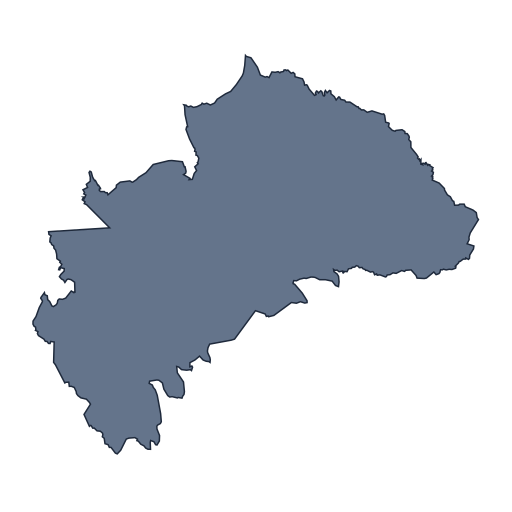 Coscomatepec, Veracruz, Mexico, rotated 181°
{"feature_id": "50627088B83890237461836", "entity_name": "Coscomatepec", "entity_type": "district", "adm_level": 2, "iso_a3": "MEX", "parent_name": "Mexico", "parent_adm1": "Veracruz", "projection": "natural_earth1", "projection_center": [-97.095, 19.059], "detail": "fine", "context": "isolated", "style": "filled", "palette": "slate", "viewbox_px": 512, "rotation_deg": 181, "n_neighbors": 0, "source": "geoboundaries", "source_scale": "gbopen_adm2", "svg_char_len": 6050}
<svg xmlns="http://www.w3.org/2000/svg" viewBox="0 0 512 512"><g transform="rotate(181 256 256)"><path d="M358.1,60.9L358.5,67.7L358.1,69.7L354.8,68.5L353.1,65.6L351.7,65.3L349.4,69.3L349.3,74.8L352.0,81.3L352.2,84.0L351.5,85.2L348.7,86.8L347.8,88.6L348.6,96.7L352.3,115.0L354.4,120.4L356.4,122.8L357.4,125.2L360.6,126.8L360.2,129.0L353.0,130.3L351.0,130.1L347.4,127.5L345.8,121.3L341.8,114.9L339.8,113.5L337.4,113.9L332.1,112.7L331.4,113.2L327.5,112.6L326.9,114.5L325.6,116.3L325.2,119.1L326.3,128.8L332.6,137.8L333.4,144.2L331.4,143.7L328.5,141.1L323.3,140.6L319.7,141.2L318.5,140.3L317.5,143.7L318.2,144.9L320.2,144.1L320.2,148.2L315.2,151.0L310.7,154.9L307.1,151.1L304.0,149.9L301.2,149.6L300.1,148.8L299.9,151.4L300.3,153.6L302.6,158.4L302.9,160.2L302.4,163.5L300.8,167.1L279.4,171.4L276.0,172.5L255.6,201.3L245.8,198.2L244.6,195.8L242.8,196.2L242.3,195.5L237.1,196.9L219.8,210.1L214.7,209.5L210.8,211.1L206.4,209.8L204.1,210.3L204.2,212.2L209.1,219.7L216.9,228.5L218.3,228.9L218.5,229.7L217.8,232.1L215.1,231.9L211.9,233.6L207.5,234.7L205.4,234.4L200.8,235.9L198.5,235.9L196.5,235.6L191.9,233.4L186.1,233.5L179.4,232.2L176.0,227.9L173.0,226.8L172.5,231.6L173.1,237.1L174.7,239.6L177.8,241.7L178.2,243.9L176.9,243.0L174.7,243.3L172.6,241.7L169.0,242.5L168.6,242.3L168.9,240.8L168.3,240.6L167.1,242.1L164.7,241.9L163.3,244.8L160.3,245.3L159.6,246.4L157.1,246.6L155.5,248.1L153.7,247.6L152.5,246.1L149.8,246.4L148.8,245.1L146.7,244.4L146.1,243.5L145.0,243.7L141.3,241.9L139.3,242.4L138.2,241.9L137.1,239.3L135.1,240.2L134.5,238.9L131.7,239.3L126.2,237.3L125.3,237.7L124.5,239.3L121.6,239.7L118.8,241.5L115.5,241.1L110.1,244.0L107.2,243.2L106.1,244.3L100.7,244.8L95.6,239.3L94.6,236.7L87.3,236.4L85.2,236.9L77.9,243.1L75.6,240.5L72.9,241.5L71.9,242.7L71.2,245.5L69.4,245.4L68.4,246.1L65.6,245.4L62.6,246.1L59.9,245.9L56.2,247.3L55.9,248.8L56.6,249.3L53.4,252.6L52.8,254.0L51.7,254.2L48.8,256.5L46.3,256.6L46.2,257.7L43.5,256.3L42.5,257.4L42.3,260.7L38.7,266.8L38.3,269.8L45.1,271.9L43.2,276.0L43.4,278.6L42.2,282.8L34.2,296.3L35.6,298.3L36.5,303.2L39.8,305.7L47.6,308.9L48.8,311.5L53.2,311.4L54.4,310.4L58.3,310.2L59.2,314.1L60.5,314.7L62.7,318.6L65.7,320.5L68.6,325.2L68.8,326.8L74.1,332.1L81.1,335.0L80.5,336.9L81.1,337.2L80.7,338.6L81.8,339.0L80.5,340.5L80.1,342.8L81.9,344.0L80.7,345.2L81.3,346.0L80.5,347.4L84.1,349.6L83.8,350.2L85.4,350.6L85.9,349.8L87.7,352.4L88.2,352.2L88.5,350.8L90.2,351.7L91.6,351.4L91.0,350.2L92.8,350.7L92.8,355.4L93.8,354.1L94.4,355.9L95.0,355.5L96.2,356.8L95.6,357.9L97.2,360.3L103.0,367.2L103.2,372.9L105.3,375.1L104.8,377.3L105.1,378.5L106.9,381.0L109.1,381.1L109.4,383.1L112.2,384.8L118.3,384.0L119.1,383.2L121.9,384.0L125.8,387.7L125.2,390.8L125.6,391.3L128.7,392.0L129.8,398.7L130.8,400.3L132.4,400.0L142.6,403.1L147.3,401.6L150.8,404.0L153.2,403.9L154.8,405.4L155.5,405.3L156.5,407.0L157.5,406.9L164.7,411.5L168.7,411.5L170.1,413.3L173.9,414.0L175.2,416.3L176.1,416.5L178.6,413.4L180.4,416.6L183.9,419.5L184.1,422.3L185.4,422.8L187.8,420.4L189.5,422.7L190.5,420.6L190.0,418.1L190.6,417.2L191.5,417.4L193.1,421.5L194.1,422.3L196.4,420.1L197.3,421.6L198.4,422.0L199.5,419.9L198.7,418.4L200.3,417.6L205.8,423.8L207.8,427.7L208.6,428.1L210.4,427.7L211.0,430.8L212.6,434.0L220.1,435.9L220.4,438.8L222.1,440.2L224.0,439.3L227.4,442.5L228.8,441.9L229.5,442.6L231.2,442.5L231.7,441.0L234.7,440.3L235.3,439.6L237.1,440.7L240.0,440.0L243.3,440.3L246.1,434.6L248.1,435.6L249.9,435.0L254.8,437.0L257.9,444.8L264.5,454.1L269.2,455.4L270.0,456.3L270.6,446.3L271.8,438.7L272.9,435.9L278.6,427.1L284.2,420.1L289.3,417.6L297.5,412.1L300.1,408.2L304.3,406.2L307.9,407.9L310.8,406.9L312.5,407.9L313.3,406.5L317.6,404.3L321.1,403.5L323.8,404.8L325.9,404.0L327.5,404.5L328.3,405.5L330.8,405.9L330.1,404.9L329.4,396.1L326.6,384.1L327.6,383.9L328.2,381.3L324.5,371.9L319.9,363.1L319.3,363.0L318.8,361.6L319.2,359.6L317.7,359.0L317.8,355.8L316.4,355.4L314.9,352.8L315.6,349.0L316.3,348.3L315.5,347.2L318.8,344.1L316.9,340.4L319.2,337.5L321.0,331.5L324.2,331.2L323.4,332.5L329.9,336.1L327.7,337.7L327.4,339.5L328.5,344.0L329.2,343.9L331.2,349.0L341.9,350.0L345.2,349.7L360.4,345.7L367.4,337.4L374.7,332.6L376.8,330.3L380.4,327.8L381.1,327.6L383.4,328.9L393.0,327.5L396.8,324.4L397.0,321.9L405.1,314.6L405.9,316.7L407.7,316.7L408.8,317.8L412.5,317.7L413.8,318.8L413.8,320.2L412.6,320.5L412.7,321.0L414.8,324.1L415.3,323.9L417.9,328.7L418.5,328.4L419.7,330.2L420.8,332.2L422.2,337.1L423.5,337.9L424.4,336.6L423.1,331.8L423.1,327.8L426.9,324.7L425.6,321.6L430.2,319.2L428.5,316.5L429.3,315.1L427.2,314.0L428.0,312.0L429.5,311.9L428.3,311.3L429.0,310.0L430.0,310.6L430.7,309.2L427.9,307.2L428.7,305.4L426.3,304.4L402.8,281.6L463.8,276.7L463.4,274.0L461.2,272.6L462.1,270.4L462.4,266.5L461.1,265.5L460.5,263.9L458.5,262.6L458.1,260.2L456.5,258.5L455.4,254.5L455.0,249.8L451.5,247.4L452.1,246.3L450.0,244.4L451.1,242.0L452.4,241.3L453.1,238.9L452.0,238.7L451.2,240.9L447.5,240.1L447.6,237.5L450.8,234.2L452.2,231.9L450.1,229.6L448.0,228.5L446.6,226.2L444.5,229.3L443.2,229.7L440.5,229.1L436.9,226.6L436.4,216.8L437.2,216.9L437.5,216.2L440.1,217.8L445.5,210.6L448.7,209.3L452.0,209.6L453.4,208.2L453.9,205.3L455.0,203.7L457.7,201.9L459.2,202.5L461.5,206.9L463.5,208.7L464.0,212.6L466.4,213.6L466.9,215.7L470.3,210.8L470.5,210.0L468.7,207.3L468.9,206.3L471.8,200.7L474.9,191.6L477.8,187.0L477.8,184.0L476.6,181.8L475.2,181.1L474.8,178.4L475.2,177.8L472.7,176.6L473.2,174.6L472.1,172.6L466.6,169.2L465.2,167.0L463.4,166.9L462.0,165.0L460.4,164.9L459.7,167.0L456.3,166.5L456.5,146.1L454.6,143.7L444.9,125.7L444.0,126.4L441.0,126.6L440.4,122.4L438.4,122.5L435.4,121.4L433.4,117.3L433.1,115.3L431.6,113.3L428.6,111.1L423.1,109.9L420.1,106.8L418.9,105.0L425.2,94.6L419.6,82.8L418.6,83.7L417.9,83.6L416.2,81.0L414.7,81.1L411.9,78.4L408.6,78.1L406.4,76.3L406.0,74.7L406.5,72.6L404.6,71.1L403.7,65.7L400.6,64.8L399.3,62.1L397.6,62.1L393.2,56.5L391.3,55.7L387.9,59.4L382.5,70.7L379.9,71.7L373.9,72.3L371.3,70.8L371.9,69.3L370.4,68.8L367.9,65.8L364.8,64.3L362.9,62.0L360.7,60.9L358.1,60.9Z" fill="#64748b" stroke="#1e293b" stroke-width="1.5"/></g></svg>